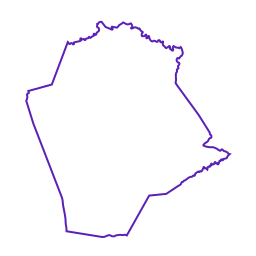 the district of La Labor, Ocotepeque, Honduras, rotated 357°
{"feature_id": "27666195B71632496314223", "entity_name": "La Labor", "entity_type": "district", "adm_level": 2, "iso_a3": "HND", "parent_name": "Honduras", "parent_adm1": "Ocotepeque", "projection": "mercator", "projection_center": [-89.012, 14.495], "detail": "fine", "context": "isolated", "style": "outline", "palette": "violet", "viewbox_px": 256, "rotation_deg": 357, "n_neighbors": 0, "source": "geoboundaries", "source_scale": "gbopen_adm2", "svg_char_len": 5746}
<svg xmlns="http://www.w3.org/2000/svg" viewBox="0 0 256 256"><g transform="rotate(357 128 128)"><path d="M30.4,85.8L30.8,87.2L30.8,87.6L30.7,87.9L30.4,88.2L29.7,88.3L29.4,88.5L29.0,89.0L28.9,89.8L29.1,91.4L29.0,92.5L28.5,94.0L27.8,95.4L33.6,118.3L58.5,194.4L58.9,197.1L59.1,201.6L60.0,208.2L60.3,210.2L60.8,215.2L60.8,220.4L61.0,222.3L61.3,225.1L61.2,227.9L96.5,235.5L97.9,235.5L98.9,235.4L102.0,234.3L103.7,234.0L104.3,234.1L105.3,234.7L106.1,235.1L107.8,235.5L108.8,235.4L109.9,234.8L110.7,234.6L113.3,234.3L114.6,234.3L117.0,234.7L118.8,234.5L119.6,234.5L120.2,234.7L121.2,235.2L145.6,196.6L162.7,195.8L175.4,188.3L176.2,188.0L176.9,187.6L177.5,187.2L178.0,186.6L178.3,186.1L178.6,185.2L178.9,184.9L179.2,184.7L180.0,184.6L180.3,184.5L181.2,183.5L181.6,183.4L182.4,183.2L185.8,180.9L187.8,180.0L189.0,180.1L189.5,179.9L189.8,179.8L190.2,179.3L190.5,179.0L191.0,179.0L191.6,179.2L192.0,179.1L192.3,178.7L192.2,178.1L192.3,177.8L192.9,177.4L193.2,176.8L193.5,176.6L194.8,175.7L195.9,175.2L196.1,175.3L196.4,175.7L196.8,175.7L197.1,175.6L197.4,175.1L197.8,174.9L198.2,174.9L198.7,175.2L199.0,175.2L199.9,174.2L201.5,171.0L201.8,170.9L202.0,171.1L202.0,171.3L201.9,171.8L202.0,172.2L202.5,172.3L203.1,172.0L203.4,172.1L205.0,173.7L205.3,173.0L205.3,171.9L205.5,171.4L205.9,171.0L206.4,170.8L206.7,170.9L207.1,171.0L207.5,171.0L207.7,170.8L207.7,170.2L207.9,169.9L208.2,169.8L208.7,169.9L209.0,169.8L209.2,169.4L209.0,168.9L209.0,168.6L209.1,168.3L209.5,168.0L209.9,168.1L210.0,168.3L210.0,168.7L210.2,169.0L211.9,168.6L212.2,168.4L212.3,167.8L212.7,167.0L212.9,166.7L213.2,166.6L213.5,166.8L213.5,167.3L213.7,167.6L214.5,168.2L214.8,168.3L215.1,168.2L215.2,167.8L215.4,167.6L215.6,167.6L215.8,167.7L216.0,168.0L215.8,168.4L215.8,168.7L215.9,168.9L216.3,168.9L216.5,168.6L216.9,167.8L217.6,165.8L217.8,165.7L218.3,165.9L218.7,165.8L219.0,165.5L219.0,164.8L219.2,164.5L219.6,164.3L219.9,164.4L220.2,164.5L220.5,165.0L221.0,165.1L221.4,164.8L221.4,164.1L221.6,163.9L223.3,163.7L224.8,163.3L225.1,163.1L225.6,162.0L226.3,161.0L227.2,160.2L228.2,159.4L227.5,159.2L227.0,158.9L225.8,157.5L225.0,156.9L224.3,156.6L222.9,156.1L222.3,155.8L222.0,155.5L221.5,154.8L221.0,154.4L220.7,154.3L220.3,154.4L219.9,154.6L219.4,155.3L219.0,155.5L218.6,155.5L217.7,155.0L215.7,153.4L212.6,151.8L211.5,151.6L208.8,151.5L206.3,151.0L203.8,150.2L202.8,149.7L202.5,149.4L202.4,149.1L202.5,148.7L203.5,147.7L204.8,146.8L206.4,145.9L207.1,145.3L207.5,144.7L208.1,143.5L208.6,142.9L209.1,142.5L210.1,142.3L210.5,142.0L210.7,141.6L210.9,141.1L210.7,139.7L209.7,138.8L209.4,137.8L209.3,136.7L199.2,118.6L178.5,86.8L178.5,86.3L178.1,85.9L177.9,85.5L178.0,84.6L178.5,82.8L178.5,78.1L178.7,76.3L179.0,75.5L179.6,74.8L179.9,74.2L179.9,73.8L179.8,72.9L180.0,72.1L180.3,71.8L181.1,71.4L181.4,71.0L181.5,70.4L181.1,69.7L181.1,69.1L181.3,68.7L182.2,67.7L182.5,67.0L182.7,66.3L182.6,65.9L182.4,65.6L181.3,65.1L180.4,64.0L180.1,63.1L180.2,62.1L180.6,61.2L181.3,60.7L181.8,60.7L182.2,61.1L182.4,61.2L182.6,61.2L182.9,61.0L183.5,60.3L184.2,59.2L185.0,58.9L185.5,58.5L186.2,57.4L186.6,56.1L186.6,55.3L186.2,53.4L185.6,51.3L185.1,50.2L184.8,49.9L183.6,50.9L183.4,51.0L182.7,50.5L181.0,50.3L179.7,49.9L179.4,49.7L178.4,48.9L178.0,48.7L177.7,48.6L177.5,48.8L177.3,49.1L177.0,50.1L177.0,50.9L177.2,52.0L177.1,52.6L176.8,53.0L176.3,53.0L175.7,52.6L174.8,51.5L174.3,51.3L174.0,51.0L173.9,50.4L174.3,49.8L174.3,49.5L174.1,48.9L173.8,48.4L173.5,48.4L173.1,48.5L171.9,49.4L170.3,50.2L169.9,50.0L169.1,48.9L167.7,47.5L167.3,47.0L167.1,45.4L167.6,44.1L167.5,43.7L167.3,43.5L166.9,43.5L166.4,43.9L166.1,44.1L165.3,44.1L164.9,43.8L164.7,43.5L164.5,42.7L164.3,42.3L164.0,42.1L163.6,41.9L163.2,41.9L162.9,42.1L162.6,42.4L162.2,43.2L161.9,43.4L161.5,43.5L160.8,43.3L159.7,42.5L159.0,42.3L158.1,42.3L157.1,42.8L156.4,42.7L155.3,41.9L154.5,40.6L154.0,39.3L153.9,37.9L153.6,37.3L153.3,37.3L153.0,37.5L152.9,37.7L152.9,38.4L152.6,39.0L152.0,39.2L151.3,39.4L151.1,39.3L151.1,39.1L151.3,38.0L151.3,36.7L151.1,36.0L150.9,35.8L150.5,35.7L150.3,35.8L149.7,36.8L149.4,37.0L149.0,37.2L147.7,37.1L147.0,37.0L146.7,36.8L146.6,36.4L146.5,36.0L146.7,34.7L147.0,34.0L147.7,33.4L147.7,33.0L147.4,32.6L146.7,32.2L146.2,31.8L145.1,30.3L144.8,29.4L144.6,29.2L144.3,29.1L143.9,29.4L143.5,29.4L143.0,29.1L142.4,28.5L142.1,28.3L140.4,27.8L138.7,28.2L136.9,28.9L136.5,28.8L136.3,28.5L136.4,28.1L136.6,28.0L137.1,27.9L137.4,27.8L137.7,27.5L137.7,27.1L137.5,26.0L137.1,24.9L136.6,24.0L136.2,23.7L135.7,23.7L135.0,24.2L134.4,24.4L132.5,24.5L130.4,23.4L129.2,22.5L128.9,22.4L128.6,22.4L127.1,23.5L124.7,24.7L123.5,26.1L122.2,27.2L121.6,27.1L120.0,26.6L118.2,26.2L117.6,26.1L117.2,26.1L116.9,26.5L116.9,27.0L117.1,27.3L117.7,27.7L117.9,28.2L117.7,28.7L117.4,28.9L117.1,28.9L116.5,28.7L113.9,27.3L111.2,26.1L110.6,25.6L109.0,23.2L107.2,20.7L106.8,20.5L105.8,20.6L104.8,20.9L104.4,21.2L104.0,21.6L103.6,22.3L103.4,22.6L103.1,22.7L102.7,22.6L102.4,25.3L102.7,25.7L103.5,26.2L104.0,26.8L104.2,27.7L104.2,28.7L104.0,29.3L103.7,29.8L102.4,30.7L101.8,31.3L101.5,31.8L101.2,32.7L100.8,33.2L100.4,33.3L100.1,33.2L99.9,33.0L99.8,32.5L99.6,32.2L99.3,32.1L98.9,32.1L98.7,32.3L98.6,32.6L98.6,33.0L98.9,33.5L98.9,33.8L98.7,34.1L97.0,34.7L95.7,35.8L95.1,36.0L94.9,36.0L94.7,35.8L94.5,35.3L94.3,35.1L94.1,35.0L93.8,35.1L93.5,35.3L93.2,35.9L92.9,36.2L92.3,36.4L91.4,36.4L90.8,36.6L90.5,37.0L90.3,37.6L89.9,37.9L89.4,37.8L89.1,37.1L88.8,36.9L88.4,36.8L87.6,37.2L87.1,37.2L86.6,36.9L86.1,36.1L85.7,36.0L85.4,36.0L85.1,36.3L85.0,36.6L85.0,37.0L85.4,37.3L85.6,37.7L85.5,38.1L85.3,38.4L84.3,38.7L82.7,39.0L78.9,39.6L78.6,39.8L78.5,40.1L78.5,40.9L78.4,41.2L78.2,41.5L77.9,41.6L77.4,41.5L76.8,40.6L76.1,40.2L75.3,40.4L74.5,41.0L74.1,41.0L73.8,41.0L73.3,40.6L72.9,39.5L72.4,39.0L54.2,80.6L30.4,85.8Z" fill="none" stroke="#5b21b6" stroke-width="2"/></g></svg>